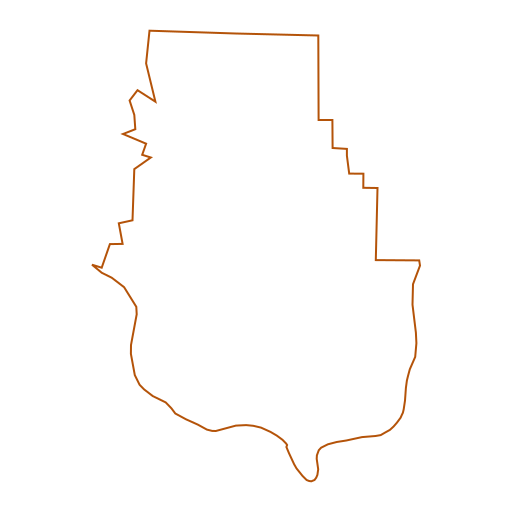 the district of Harrison, Indiana, United States of America
{"feature_id": "52423323B9300257868576", "entity_name": "Harrison", "entity_type": "district", "adm_level": 2, "iso_a3": "USA", "parent_name": "United States of America", "parent_adm1": "Indiana", "projection": "albers", "projection_center": [-86.093, 38.19], "detail": "fine", "context": "isolated", "style": "outline", "palette": "amber", "viewbox_px": 512, "rotation_deg": 0, "n_neighbors": 0, "source": "geoboundaries", "source_scale": "gbopen_adm2", "svg_char_len": 1381}
<svg xmlns="http://www.w3.org/2000/svg" viewBox="0 0 512 512"><path d="M344.4,440.8L346.3,440.5L362.0,437.1L375.5,436.0L380.7,435.1L383.3,433.6L385.2,432.5L389.9,429.9L393.6,426.5L396.9,422.7L400.6,417.7L401.7,415.2L402.9,412.7L403.7,409.3L405.0,400.6L405.9,387.9L406.9,380.5L408.0,376.0L409.8,369.3L415.2,356.9L416.4,343.2L415.9,332.8L415.9,332.7L412.5,304.7L413.0,284.2L420.0,265.6L419.2,260.4L375.8,260.1L377.5,188.0L363.3,187.8L363.4,173.7L349.2,173.6L346.9,155.7L346.9,148.9L332.6,148.0L332.4,120.0L318.6,120.0L318.3,35.5L235.6,33.5L149.5,30.7L146.1,63.4L155.4,101.7L137.5,90.2L129.6,100.5L134.3,114.9L135.3,129.2L123.0,134.0L146.1,143.7L142.2,154.8L150.8,157.5L134.3,169.1L132.5,220.3L118.8,223.3L122.6,243.9L109.9,244.1L101.7,267.7L92.0,264.7L101.8,272.8L111.7,277.7L124.1,287.2L136.3,306.8L136.7,314.3L131.0,345.0L130.9,353.9L134.8,375.1L139.5,384.6L139.9,385.1L144.1,389.4L152.8,396.1L165.7,402.4L171.4,408.3L175.3,413.5L186.0,419.3L197.8,424.6L206.9,429.6L212.1,430.9L215.8,431.0L235.9,425.6L246.2,425.1L253.3,425.8L261.0,427.6L270.5,431.9L276.8,435.6L282.5,439.8L286.1,443.5L287.1,445.0L286.4,447.0L288.9,453.0L294.1,464.2L296.5,468.4L302.5,475.9L306.6,480.0L309.1,481.0L311.3,481.3L314.5,480.0L316.2,477.7L317.4,474.9L318.2,469.3L316.7,458.8L316.9,455.3L318.8,450.2L321.1,447.7L327.9,444.3L336.7,442.0L344.4,440.8Z" fill="none" stroke="#b45309" stroke-width="2"/></svg>